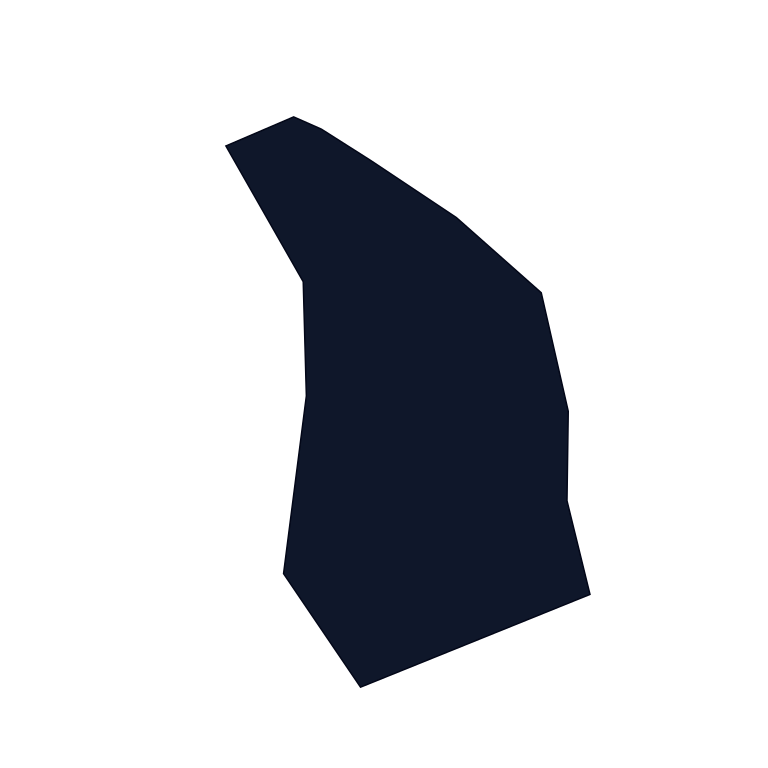 the state/province of Central and Western, rotated 60°
{"feature_id": "HKG-5153", "entity_name": "Central and Western", "entity_type": "state/province", "adm_level": 1, "iso_a3": "HKG", "parent_name": "Hong Kong S.A.R.", "parent_adm1": "", "projection": "orthographic", "projection_center": [114.135, 22.273], "detail": "fine", "context": "isolated", "style": "filled", "palette": "ink", "viewbox_px": 768, "rotation_deg": 60, "n_neighbors": 0, "source": "natural_earth", "source_scale": "10m", "svg_char_len": 336}
<svg xmlns="http://www.w3.org/2000/svg" viewBox="0 0 768 768"><g transform="rotate(60 384 384)"><path d="M98.8,401.9L107.5,328.7L132.0,310.8L183.5,283.9L276.1,238.1L383.6,202.2L499.8,238.1L576.6,283.9L669.2,310.8L634.8,555.9L498.0,565.8L355.5,457.2L255.0,402.8L98.8,401.9Z" fill="#0f172a" stroke="#020617" stroke-width="1.5"/></g></svg>